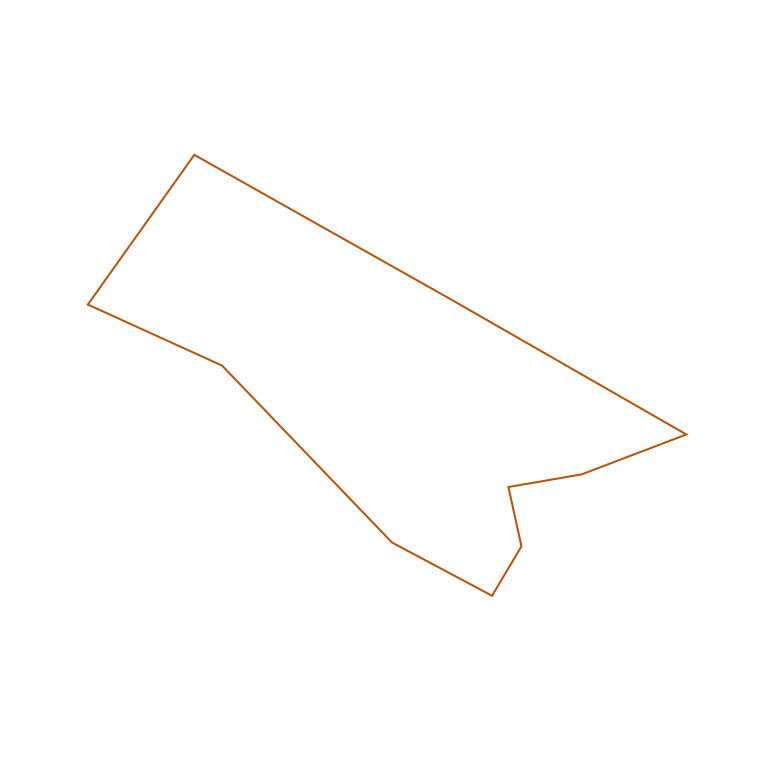 an SVG outline of Ngchesar, rotated 102°
{"feature_id": "PLW-5255", "entity_name": "Ngchesar", "entity_type": "state/province", "adm_level": 1, "iso_a3": "PLW", "parent_name": "Palau", "parent_adm1": "", "projection": "robinson", "projection_center": [134.604, 7.467], "detail": "fine", "context": "isolated", "style": "outline", "palette": "amber", "viewbox_px": 768, "rotation_deg": 102, "n_neighbors": 0, "source": "natural_earth", "source_scale": "10m", "svg_char_len": 297}
<svg xmlns="http://www.w3.org/2000/svg" viewBox="0 0 768 768"><g transform="rotate(102 384 384)"><path d="M568.7,234.3L537.4,343.2L399.7,546.2L367.9,690.2L199.3,617.2L287.7,335.0L370.5,77.8L431.3,171.9L458.9,240.9L514.2,215.8L568.7,234.3Z" fill="none" stroke="#b45309" stroke-width="2"/></g></svg>